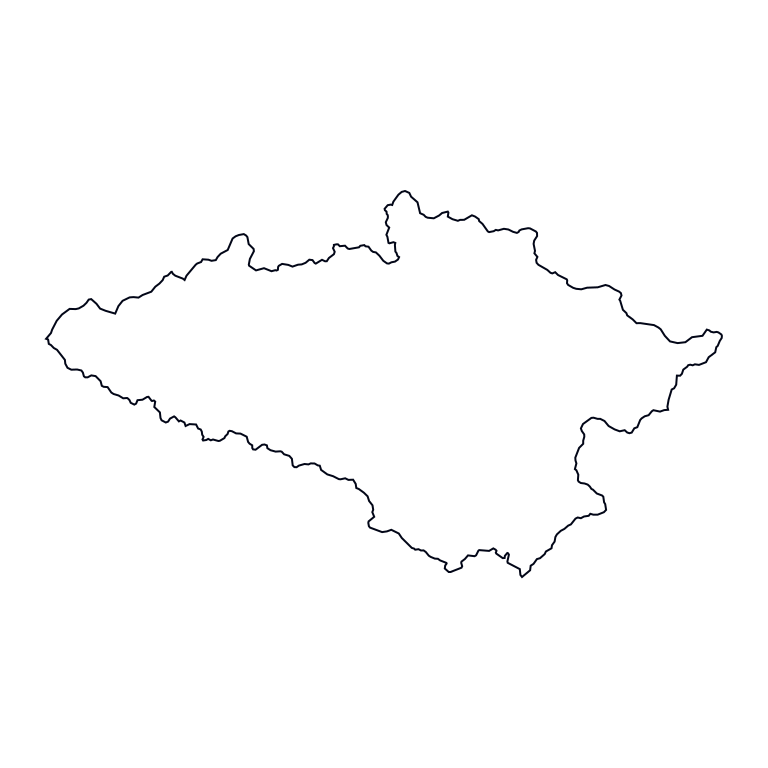 outline of Anta, Cusco, Peru
{"feature_id": "86281439B22932308486268", "entity_name": "Anta", "entity_type": "district", "adm_level": 2, "iso_a3": "PER", "parent_name": "Peru", "parent_adm1": "Cusco", "projection": "orthographic", "projection_center": [-72.385, -13.499], "detail": "fine", "context": "isolated", "style": "outline", "palette": "ink", "viewbox_px": 768, "rotation_deg": 0, "n_neighbors": 0, "source": "geoboundaries", "source_scale": "gbopen_adm2", "svg_char_len": 6085}
<svg xmlns="http://www.w3.org/2000/svg" viewBox="0 0 768 768"><path d="M372.3,512.1L374.2,516.8L368.6,521.4L368.3,522.9L368.9,526.2L370.0,527.6L382.1,532.1L386.9,531.4L391.3,529.8L398.8,533.5L401.8,538.0L411.8,547.9L414.1,548.6L415.2,549.7L418.5,549.2L421.0,550.5L423.6,550.4L425.8,552.0L428.8,555.7L430.7,556.9L434.8,558.6L437.9,558.8L440.1,560.4L446.4,562.9L446.6,563.6L445.2,565.5L444.8,568.5L448.7,572.0L450.5,572.0L461.5,567.7L462.2,566.2L461.2,562.9L461.5,561.6L464.9,559.0L468.0,555.4L474.6,556.2L476.1,555.3L478.4,550.7L479.2,550.1L489.1,550.9L493.3,548.4L495.6,549.7L496.5,550.8L495.8,552.7L496.3,553.6L502.7,558.1L504.6,558.0L504.9,555.8L507.3,553.0L508.1,553.3L508.9,554.7L507.4,561.4L507.7,562.8L519.8,569.1L520.4,574.9L522.0,577.0L530.1,570.3L530.7,565.7L533.5,563.9L536.9,559.1L540.0,558.2L544.7,554.1L545.9,551.5L551.5,548.3L552.0,545.2L554.6,541.6L555.4,537.0L556.9,534.4L560.8,530.8L564.4,528.9L568.2,525.6L570.9,524.4L575.5,518.6L577.7,517.5L580.9,518.2L584.0,516.5L588.7,515.8L590.3,513.8L593.4,514.7L597.6,514.7L603.9,512.2L606.1,509.9L605.2,504.1L604.1,502.3L603.3,496.7L602.1,495.5L596.8,493.5L593.0,489.7L591.4,488.9L589.8,486.5L587.7,484.6L584.6,483.5L580.8,483.0L578.6,481.6L577.9,480.2L578.3,474.7L576.4,470.3L574.9,469.1L576.4,463.4L575.5,460.5L575.3,457.7L579.1,447.9L583.2,443.8L583.2,440.7L584.3,436.8L584.2,434.4L581.8,431.0L580.9,428.4L583.0,424.0L591.4,417.9L593.5,417.7L597.7,418.9L600.3,418.9L604.5,421.0L608.6,426.0L614.6,429.4L619.7,431.3L624.7,430.2L627.2,432.5L629.4,433.2L631.7,432.6L634.3,428.3L637.3,427.2L640.2,420.0L641.6,418.4L644.7,416.3L648.6,415.2L651.8,411.3L653.4,410.2L660.0,411.6L664.2,410.1L668.1,409.8L667.4,406.7L668.6,399.8L671.7,389.5L674.1,388.3L676.2,384.7L676.9,375.6L680.1,375.7L681.9,373.8L683.3,369.6L687.2,366.7L688.2,365.2L690.2,364.7L692.7,365.3L694.9,364.3L699.0,364.9L706.0,362.2L708.7,357.2L715.2,352.3L716.3,347.2L717.7,345.9L719.8,340.9L721.7,338.0L721.9,335.8L721.4,334.5L718.4,332.4L716.7,331.9L713.6,332.4L710.8,331.7L709.3,330.4L706.8,329.6L702.5,335.8L692.0,337.2L685.4,342.2L677.6,343.1L670.0,341.4L664.8,335.8L660.7,329.3L658.4,327.5L654.0,325.1L640.2,323.1L636.5,323.2L632.7,319.4L627.2,315.4L626.4,313.1L622.9,309.8L620.2,300.8L619.4,299.6L621.5,295.5L620.9,293.1L619.1,291.6L614.5,289.5L609.1,286.0L605.5,285.0L597.7,287.3L587.1,287.7L581.3,289.3L576.2,288.8L573.1,287.8L568.1,284.9L567.0,283.2L567.2,280.3L566.7,279.3L558.0,275.0L555.2,272.2L552.3,273.4L550.5,272.8L547.3,269.9L538.4,264.8L536.6,262.8L536.1,259.9L537.4,256.9L534.4,253.3L535.0,250.9L533.6,243.9L534.2,240.6L537.1,236.1L537.0,232.9L535.9,231.5L530.0,228.4L528.1,228.2L521.6,229.4L519.4,230.5L518.6,232.0L516.9,232.9L513.0,231.8L508.4,229.5L503.9,228.8L498.1,230.4L495.8,229.9L493.7,231.2L489.1,232.1L487.8,231.4L482.5,223.9L479.2,221.1L478.7,219.1L475.0,216.5L471.9,215.3L464.2,219.8L460.0,219.9L457.9,220.8L452.5,219.2L447.8,216.6L448.4,212.6L447.8,211.6L442.1,213.0L439.1,215.5L433.8,218.3L427.6,217.7L425.6,216.8L423.7,214.8L420.1,213.2L417.5,202.3L411.1,196.7L409.3,192.9L405.0,191.0L401.7,191.9L398.4,194.7L393.4,201.6L392.2,205.0L390.7,204.6L387.7,205.2L384.6,208.8L384.9,210.2L386.5,211.6L386.7,213.9L387.7,215.1L387.9,216.4L387.8,218.0L385.8,222.2L386.5,225.0L389.2,227.6L386.4,234.8L387.4,236.8L388.5,242.9L389.4,243.3L393.4,242.2L395.3,242.9L394.9,245.0L395.4,251.6L396.5,253.0L397.4,255.9L399.1,257.1L398.0,259.5L395.0,261.6L391.4,262.3L388.9,263.6L387.0,263.4L383.3,260.8L379.4,255.7L375.9,252.4L373.1,251.9L371.3,250.6L368.5,246.7L365.5,246.3L364.3,245.1L360.3,245.8L359.0,247.3L349.3,249.0L347.7,248.5L345.0,245.7L339.8,246.2L337.9,244.3L336.6,244.3L333.9,244.9L333.9,246.3L333.0,248.1L334.7,251.8L333.9,254.2L328.9,258.0L326.8,261.2L325.1,261.3L322.0,259.8L315.8,263.6L314.6,263.0L312.5,260.1L309.3,259.7L305.6,262.8L301.7,264.4L298.0,264.7L292.5,266.6L288.3,264.9L282.1,263.9L278.8,265.8L278.1,267.0L277.9,269.8L276.6,270.5L275.3,270.2L271.5,271.2L264.0,268.2L256.0,270.4L249.1,265.7L248.8,264.6L249.9,258.9L253.9,251.2L253.6,248.9L248.7,244.1L247.4,237.1L246.1,235.5L243.8,234.1L238.9,235.0L235.6,236.3L232.6,238.5L227.7,250.0L220.7,253.7L217.6,257.0L215.8,260.1L211.5,260.8L208.4,259.7L202.6,259.3L201.1,262.0L197.2,263.5L195.7,264.7L186.5,275.7L184.6,280.0L182.8,278.6L175.3,275.7L172.9,273.8L171.8,271.8L171.2,271.9L167.7,275.5L164.2,276.7L162.7,280.1L159.4,283.6L155.3,286.7L151.3,291.7L142.6,295.0L138.5,297.6L133.5,297.1L129.6,297.4L122.6,300.8L118.4,306.1L115.2,313.6L105.6,310.8L100.1,308.6L96.5,303.8L91.2,299.1L88.7,299.6L86.5,302.8L83.5,305.7L78.8,308.4L75.7,309.1L69.6,308.9L62.0,314.5L56.7,320.8L52.1,329.7L51.0,333.0L46.1,338.8L48.1,339.5L48.8,343.9L50.9,345.0L53.8,348.0L57.0,349.8L64.9,359.9L65.3,363.7L67.5,367.8L71.3,369.7L77.1,369.5L81.4,370.5L82.9,372.6L83.9,376.3L85.2,377.3L87.7,377.3L91.3,375.4L95.6,376.1L100.6,381.2L101.8,385.8L103.7,386.8L107.6,387.1L111.3,392.5L113.6,394.0L118.6,395.5L123.2,398.3L127.1,398.0L127.9,398.5L129.5,400.1L130.7,402.8L134.3,404.6L136.1,403.6L137.5,400.2L142.5,399.7L147.0,397.0L148.5,396.8L151.5,400.7L152.0,401.0L153.9,400.5L155.2,401.6L154.3,407.0L159.9,412.4L160.5,418.0L161.6,420.3L165.8,422.5L168.1,421.6L170.0,418.6L174.1,416.4L175.4,417.3L178.9,421.4L180.6,420.5L184.4,422.5L185.6,426.0L189.6,424.1L196.1,424.5L198.1,428.5L200.7,429.5L201.8,431.6L202.2,434.7L203.6,436.9L202.5,439.5L203.1,440.5L206.3,440.0L208.2,438.9L210.8,440.3L213.0,439.5L218.4,441.0L219.8,440.8L224.4,438.1L225.2,436.3L227.6,434.0L228.4,431.5L229.6,430.8L231.9,431.2L236.1,433.4L240.5,433.6L246.7,436.7L248.1,441.9L249.6,443.7L252.2,445.3L252.3,448.1L253.1,449.4L255.6,449.7L262.1,444.8L264.5,444.5L266.9,445.4L267.4,448.2L270.5,450.2L275.6,451.6L280.4,451.3L281.7,451.7L284.1,454.3L289.3,455.9L291.9,458.8L292.7,465.4L294.4,467.1L296.6,467.2L298.9,465.6L304.5,464.0L308.5,464.4L310.7,463.4L314.6,463.5L317.8,465.4L319.8,465.7L321.1,469.9L327.3,474.4L333.1,476.2L338.8,479.1L340.5,479.3L345.2,478.3L348.4,479.9L353.1,479.7L355.7,483.9L356.3,488.0L358.8,489.0L363.9,492.7L367.6,496.3L369.1,501.0L372.5,505.3L373.2,509.8L372.3,512.1Z" fill="none" stroke="#020617" stroke-width="2"/></svg>